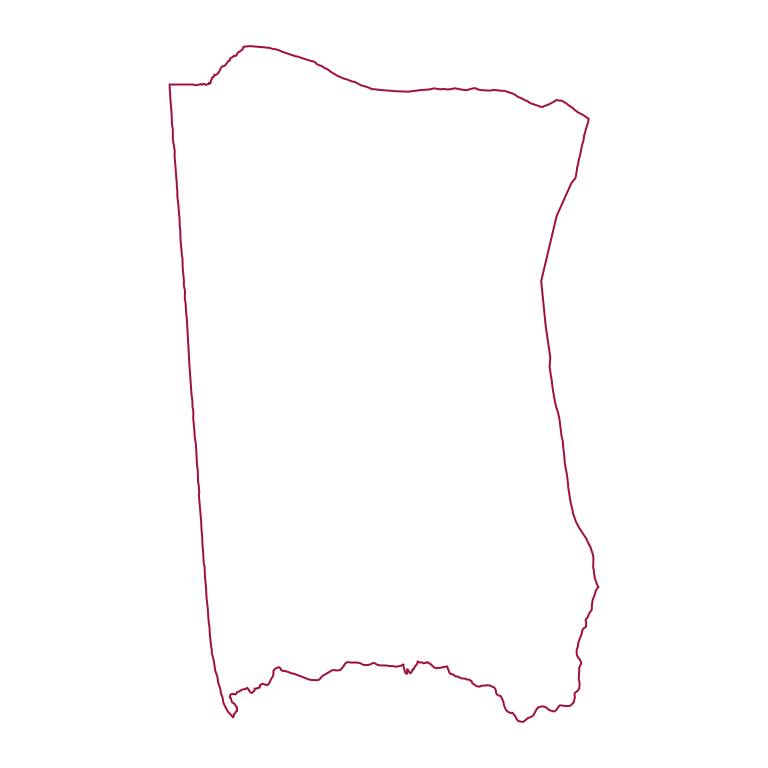 Omhajer, Gash Barka, Eritrea
{"feature_id": "51966322B84792340140154", "entity_name": "Omhajer", "entity_type": "district", "adm_level": 2, "iso_a3": "ERI", "parent_name": "Eritrea", "parent_adm1": "Gash Barka", "projection": "equal_earth", "projection_center": [36.816, 14.649], "detail": "fine", "context": "isolated", "style": "outline", "palette": "rose", "viewbox_px": 768, "rotation_deg": 0, "n_neighbors": 0, "source": "geoboundaries", "source_scale": "gbopen_adm2", "svg_char_len": 6011}
<svg xmlns="http://www.w3.org/2000/svg" viewBox="0 0 768 768"><path d="M475.3,88.1L472.3,88.5L466.6,90.2L463.4,89.9L454.9,88.3L449.8,89.3L446.4,89.4L443.7,88.9L440.6,89.4L434.6,88.4L432.7,88.6L429.6,89.4L420.4,90.1L408.2,91.7L395.6,91.2L379.4,89.9L373.5,89.1L371.9,89.4L370.1,88.2L366.8,86.9L361.0,85.3L355.0,82.0L352.2,81.5L346.6,79.3L344.1,78.7L337.6,75.9L330.9,71.9L327.2,69.0L325.6,68.6L321.0,65.7L318.9,65.2L316.6,63.9L315.5,62.6L314.2,61.7L309.1,60.4L297.6,56.6L294.3,56.0L293.6,55.6L282.3,51.8L279.5,50.5L276.4,49.4L272.4,48.8L270.0,48.0L265.1,47.4L249.5,46.1L243.7,46.8L243.2,47.3L242.8,49.0L241.4,50.4L240.0,51.4L237.7,52.6L236.5,55.4L235.3,56.0L234.0,55.7L232.6,57.1L230.5,58.2L230.1,58.6L229.9,60.4L227.7,61.6L227.3,62.6L224.9,65.7L224.0,65.9L223.6,66.2L222.4,66.3L221.2,67.5L220.2,69.4L219.7,70.7L218.1,73.2L217.3,74.0L215.5,75.0L215.1,75.1L214.4,74.8L213.8,76.5L213.4,77.0L212.2,77.5L212.2,78.7L211.1,80.1L210.5,83.0L210.0,83.3L209.8,83.5L209.2,82.9L208.4,84.0L207.1,84.3L205.8,85.0L204.2,83.8L203.3,84.0L202.0,84.7L200.6,84.1L199.8,84.4L196.1,85.2L194.6,85.0L193.7,84.5L169.6,84.5L169.8,90.1L170.1,91.7L170.2,97.0L171.5,112.3L172.1,125.3L172.8,129.2L172.9,139.6L174.7,150.6L174.6,156.2L176.8,183.6L176.8,186.8L177.3,190.2L177.4,197.2L178.2,203.3L178.9,212.2L179.6,219.2L179.7,225.4L180.3,230.6L180.5,239.7L181.1,246.6L181.7,251.7L181.8,254.3L182.5,258.6L182.7,267.9L183.9,280.6L183.9,285.7L185.0,290.9L184.8,298.6L185.6,303.3L186.3,314.7L186.8,318.2L189.5,366.4L191.5,394.1L192.4,401.1L192.5,406.6L193.4,412.2L193.2,418.0L194.4,430.7L194.8,437.7L195.9,444.3L197.1,466.3L197.7,469.2L198.1,482.2L198.8,485.5L198.9,488.7L199.3,492.1L198.9,495.3L201.2,522.1L201.4,527.8L202.3,538.6L202.4,544.4L203.2,552.6L203.7,563.1L204.6,566.7L204.9,575.9L206.0,587.3L206.5,597.2L207.8,609.1L208.6,620.9L209.5,627.8L209.8,634.0L211.2,646.9L211.8,649.6L211.7,652.4L213.9,661.1L215.2,670.6L217.4,676.8L218.1,682.3L220.4,689.2L220.7,692.0L221.3,694.4L222.7,697.8L222.7,698.7L223.5,703.1L224.9,706.1L227.7,711.3L233.0,717.2L233.4,716.7L233.4,716.2L233.7,716.1L234.0,713.9L235.1,713.3L236.3,711.2L237.1,710.7L237.0,707.5L236.8,707.1L235.8,706.1L235.0,704.5L233.6,703.1L232.0,702.3L230.8,698.1L229.8,697.4L230.1,696.1L230.2,695.0L230.5,694.6L232.0,694.0L233.3,694.2L233.8,693.9L235.4,694.4L235.9,694.2L237.2,692.2L239.2,691.4L242.3,689.5L245.2,689.1L247.2,687.9L248.6,689.6L249.7,691.4L251.2,692.9L251.5,693.0L252.9,692.2L254.6,690.3L254.6,688.7L256.1,688.7L256.8,688.2L257.7,688.3L258.6,687.7L259.5,687.7L259.9,686.8L259.9,685.5L260.1,685.1L261.9,684.0L263.4,683.8L265.0,684.7L265.9,684.6L267.4,685.1L268.6,684.0L269.5,682.6L271.2,678.9L272.9,676.3L273.4,674.2L273.5,670.8L275.6,668.4L279.0,667.2L280.5,668.4L281.3,670.2L283.2,671.0L285.1,671.0L290.1,672.6L290.5,673.1L293.9,673.7L308.5,679.3L310.8,679.9L316.4,680.2L318.2,680.0L319.7,679.2L320.5,678.0L322.9,675.7L332.3,670.2L334.0,670.0L335.9,670.4L337.8,670.4L340.3,670.0L343.3,666.6L344.6,664.4L345.3,663.5L346.7,662.4L347.6,662.1L351.5,662.6L356.5,662.5L359.7,663.0L364.0,665.1L368.6,664.9L370.4,664.3L372.7,663.2L373.9,663.0L375.2,663.4L376.3,664.3L377.9,665.0L380.4,665.4L386.6,665.5L389.2,666.0L393.9,666.2L395.8,666.8L401.1,665.7L402.2,664.9L403.3,664.5L403.5,664.7L403.5,666.3L404.7,671.0L405.4,672.9L406.5,673.8L407.0,673.6L407.2,671.4L407.0,670.4L407.3,669.4L407.9,669.7L408.0,670.2L410.1,673.2L411.4,672.3L412.6,669.5L413.0,669.7L413.6,669.2L414.8,666.6L415.8,665.6L417.3,663.6L417.5,661.9L417.9,661.5L419.6,662.5L421.8,662.4L423.5,663.3L426.5,662.7L427.2,662.1L430.7,664.2L434.2,667.5L435.9,668.2L440.1,667.8L447.0,666.4L447.7,667.9L447.9,669.0L448.6,670.2L449.4,672.8L450.8,674.1L452.6,674.2L455.9,676.6L457.9,676.5L460.9,678.3L464.8,678.6L466.5,679.4L469.3,679.7L470.8,680.8L471.4,681.0L472.5,683.4L476.7,686.2L479.6,686.7L480.8,685.9L487.7,685.2L490.9,685.8L492.2,686.7L493.9,687.3L494.6,688.0L495.4,689.3L495.8,690.6L496.2,693.0L496.9,694.4L498.2,695.4L500.5,695.9L501.2,696.8L503.2,701.4L504.4,706.5L506.1,710.1L507.8,711.7L509.9,712.7L511.6,713.1L512.6,712.9L515.4,716.5L516.3,718.6L517.4,720.2L518.3,721.0L522.2,721.9L523.5,721.7L528.2,717.9L530.8,717.1L532.5,716.0L533.8,714.6L535.9,710.5L537.4,708.2L538.5,707.2L541.7,706.4L544.2,706.6L546.0,707.4L548.7,709.6L550.8,710.6L552.8,711.2L554.5,711.4L556.3,710.1L558.9,706.2L560.0,705.4L562.1,705.5L565.4,706.1L566.9,705.9L567.8,706.1L569.7,705.9L570.8,705.3L573.7,702.4L574.9,697.1L574.5,694.0L574.7,693.1L577.5,690.9L579.1,688.8L579.3,687.9L579.6,683.2L578.8,678.9L578.8,677.1L579.3,670.8L579.1,668.8L579.6,666.4L580.9,664.1L581.2,663.0L581.1,662.3L579.6,659.1L578.4,657.9L577.0,655.5L576.7,653.1L576.6,650.4L576.9,649.1L577.9,646.3L578.0,643.5L581.0,635.6L581.7,633.6L582.4,630.1L583.3,628.7L585.6,627.1L586.1,626.2L586.2,621.8L585.6,620.7L585.8,619.5L586.1,618.8L587.4,617.8L589.4,613.1L591.6,610.1L591.8,608.8L591.9,605.4L592.6,600.1L595.3,592.9L595.6,591.2L597.4,588.0L598.4,587.2L596.9,584.3L594.7,577.6L594.1,573.4L593.9,571.0L593.2,567.3L593.4,557.9L593.2,556.3L593.0,554.9L591.9,551.6L590.1,546.3L588.8,544.2L586.7,539.5L585.7,537.6L584.7,536.3L579.4,528.2L576.0,521.8L573.0,513.4L572.4,509.5L570.6,502.4L568.2,487.1L568.0,483.5L567.0,475.2L564.7,462.4L564.2,455.1L563.1,446.4L562.9,441.8L561.5,435.8L559.5,419.3L557.9,412.1L556.4,407.7L554.8,401.1L552.6,387.9L551.5,378.8L550.6,374.0L550.3,371.3L549.6,367.0L550.3,357.4L545.7,326.1L541.2,281.0L556.6,216.1L571.4,183.1L575.5,178.0L576.8,170.9L577.2,167.2L578.3,163.4L578.7,159.9L579.8,156.4L582.2,144.7L583.5,140.7L584.0,136.3L585.8,129.6L588.2,121.6L588.7,118.9L583.1,115.0L578.2,112.5L573.8,109.2L573.2,108.3L568.8,105.4L566.4,103.4L561.6,100.6L559.1,100.6L556.2,100.0L554.3,101.5L548.9,104.4L544.0,106.2L542.9,106.9L541.3,106.9L530.4,103.2L527.0,100.9L524.4,100.0L521.4,98.2L517.5,96.7L515.7,95.2L513.8,94.1L511.4,93.0L510.6,93.1L509.0,92.2L508.1,92.2L507.6,91.7L506.3,91.6L504.9,90.9L499.1,90.6L496.0,90.1L492.8,90.0L491.0,90.5L489.4,90.6L482.3,90.2L479.7,89.9L477.2,89.2L475.3,88.1Z" fill="none" stroke="#9f1239" stroke-width="2"/></svg>